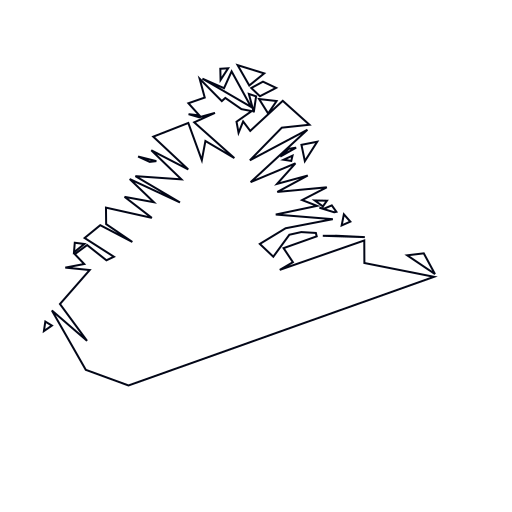 outline of Kommune Kujalleq, rotated 203°
{"feature_id": "GRL-2740", "entity_name": "Kommune Kujalleq", "entity_type": "state/province", "adm_level": 1, "iso_a3": "GRL", "parent_name": "Greenland", "parent_adm1": "", "projection": "orthographic", "projection_center": [-44.745, 61.276], "detail": "medium", "context": "isolated", "style": "outline", "palette": "ink", "viewbox_px": 512, "rotation_deg": 203, "n_neighbors": 0, "source": "natural_earth", "source_scale": "10m", "svg_char_len": 1953}
<svg xmlns="http://www.w3.org/2000/svg" viewBox="0 0 512 512"><g transform="rotate(203 256 256)"><path d="M368.2,84.7L422.6,126.1L378.4,111.9L417.7,135.2L403.6,178.1L427.0,170.8L411.0,181.5L423.5,186.9L415.7,200.1L392.0,193.6L386.5,199.8L420.8,205.6L411.4,223.5L375.3,220.6L406.4,226.8L413.0,241.9L366.8,250.4L400.1,259.1L371.0,265.6L402.3,277.5L346.9,275.6L398.2,282.4L354.6,297.4L393.7,312.4L352.2,309.2L397.2,325.7L370.3,352.0L343.3,323.0L347.5,342.1L314.2,337.7L365.1,354.9L349.7,371.7L362.5,361.5L373.5,360.2L363.1,363.3L377.9,370.2L365.1,381.8L377.1,397.1L348.0,385.2L346.0,389.5L326.8,385.5L316.6,387.7L326.4,372.0L320.2,362.6L320.4,374.8L310.2,368.9L292.0,409.3L258.1,397.7L282.4,384.2L299.0,341.7L258.0,392.3L289.8,321.9L255.9,356.7L264.8,330.6L239.8,350.3L261.4,323.3L217.7,346.9L235.4,325.5L219.4,326.0L254.0,301.9L199.7,319.9L239.6,293.1L257.2,268.6L239.8,262.1L233.6,288.6L223.7,295.7L209.9,300.6L207.8,297.8L233.7,274.0L219.6,264.7L228.7,252.5L162.4,312.6L153.5,291.9L84.0,306.4L322.8,87.0L368.2,84.7ZM374.6,398.3L351.0,398.0L350.6,416.4L318.8,391.3L374.6,398.3ZM328.8,410.3L347.5,424.5L319.8,427.3L328.8,410.3ZM84.2,309.3L117.1,315.7L102.6,324.0L84.2,309.3ZM189.3,306.3L163.2,315.9L202.4,300.7L189.3,306.3ZM248.1,362.4L257.6,376.1L244.3,385.1L248.1,362.4ZM314.5,401.7L297.6,406.7L300.5,391.9L314.5,401.7ZM326.0,408.8L317.7,419.2L303.2,418.6L314.8,404.6L326.0,408.8ZM189.1,317.6L191.4,328.7L182.6,324.5L189.1,317.6ZM357.4,404.2L362.0,414.4L355.0,417.9L357.4,404.2ZM416.7,112.2L421.9,104.0L424.3,113.3L416.7,112.2ZM318.3,403.0L314.2,387.4L325.9,402.4L318.3,403.0ZM390.6,301.1L403.4,301.5L384.8,304.4L390.6,301.1ZM425.0,188.3L428.0,197.4L418.7,200.0L425.0,188.3ZM212.3,334.6L213.8,327.8L223.6,330.1L212.3,334.6ZM216.5,325.2L211.8,326.2L206.0,332.2L199.3,328.1L201.1,326.8L216.5,325.2ZM261.4,371.4L272.5,357.0L267.8,367.4L261.4,371.4ZM268.2,355.4L261.6,362.6L260.7,357.3L268.2,355.4Z" fill="none" stroke="#020617" stroke-width="2"/></g></svg>